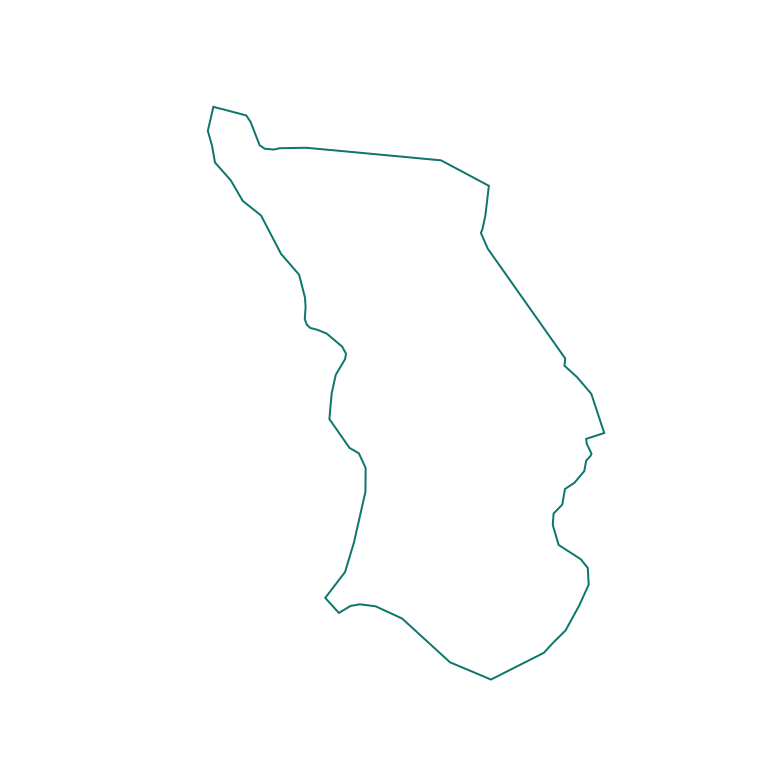 an SVG outline of Slovenska Bistrica, rotated 24°
{"feature_id": "SVN-221", "entity_name": "Slovenska Bistrica", "entity_type": "Municipality", "adm_level": 1, "iso_a3": "SVN", "parent_name": "Slovenia", "parent_adm1": "", "projection": "albers", "projection_center": [15.549, 46.386], "detail": "fine", "context": "isolated", "style": "outline", "palette": "teal", "viewbox_px": 768, "rotation_deg": 24, "n_neighbors": 0, "source": "natural_earth", "source_scale": "10m", "svg_char_len": 1053}
<svg xmlns="http://www.w3.org/2000/svg" viewBox="0 0 768 768"><g transform="rotate(24 384 384)"><path d="M417.3,603.3L424.9,571.6L421.0,541.0L410.9,490.1L401.4,468.2L389.3,457.6L378.5,456.4L348.4,438.3L340.0,413.8L336.2,395.3L338.3,377.1L337.0,371.8L330.6,366.9L311.0,361.2L301.0,361.6L293.7,362.8L289.2,361.1L285.2,356.9L281.1,345.6L276.6,337.1L262.0,318.7L237.0,307.0L203.2,280.1L180.5,274.2L161.2,260.3L139.5,250.4L130.0,236.3L120.1,224.4L115.4,200.2L148.9,194.7L155.5,198.8L173.3,216.5L179.4,217.6L188.0,214.6L192.7,211.1L216.9,199.8L345.1,156.5L399.2,160.3L408.1,188.9L410.9,202.3L411.1,206.6L423.8,218.2L539.2,287.0L541.4,293.9L557.5,299.2L577.4,308.7L605.1,339.2L591.0,351.9L593.6,356.2L601.9,363.3L601.9,365.7L599.9,371.8L602.4,382.1L598.1,396.9L592.0,406.3L595.9,421.7L591.6,433.3L595.5,444.1L609.0,460.0L635.1,464.1L645.0,469.2L652.6,484.1L652.4,507.2L650.1,535.3L643.7,551.6L639.4,564.5L601.9,610.5L557.5,611.4L496.0,590.9L466.7,590.5L451.5,595.1L443.7,600.4L435.9,611.5L417.3,603.3Z" fill="none" stroke="#0f766e" stroke-width="2"/></g></svg>